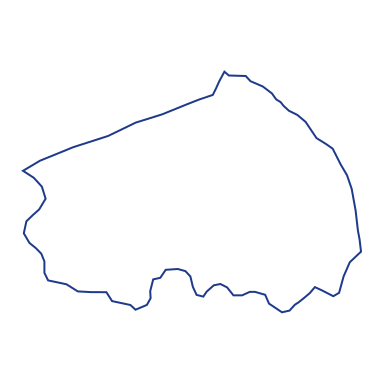 outline of Bjurholm, Västerbotten, Sweden
{"feature_id": "70781695B45286900623809", "entity_name": "Bjurholm", "entity_type": "district", "adm_level": 2, "iso_a3": "SWE", "parent_name": "Sweden", "parent_adm1": "Västerbotten", "projection": "orthographic", "projection_center": [18.977, 63.981], "detail": "fine", "context": "isolated", "style": "outline", "palette": "blue", "viewbox_px": 384, "rotation_deg": 0, "n_neighbors": 0, "source": "geoboundaries", "source_scale": "gbopen_adm2", "svg_char_len": 1187}
<svg xmlns="http://www.w3.org/2000/svg" viewBox="0 0 384 384"><path d="M23.0,170.8L33.8,177.8L41.9,186.7L45.6,198.7L39.2,209.4L32.8,215.1L26.4,221.3L23.8,233.3L29.4,242.9L35.7,248.0L41.3,253.7L44.4,261.4L44.4,272.8L48.1,280.4L57.6,282.4L66.5,284.3L77.8,291.4L90.5,292.1L106.4,292.2L112.1,301.1L130.4,305.0L135.5,309.7L146.9,304.9L150.6,298.2L150.2,291.1L153.2,279.4L160.3,277.8L165.7,269.8L177.8,269.0L185.4,271.1L190.4,276.5L192.9,287.0L196.6,294.9L203.3,296.6L206.7,291.6L213.8,285.3L220.4,284.0L227.1,287.4L233.4,295.3L242.2,295.3L249.7,291.9L255.1,291.9L265.2,294.8L269.0,303.6L282.0,312.3L289.5,310.6L294.9,304.7L298.2,302.6L304.5,297.6L309.9,293.0L314.9,287.1L322.0,290.4L333.3,296.2L339.1,292.8L343.6,276.4L349.8,262.2L358.5,254.0L361.0,251.7L359.6,239.6L357.9,230.5L355.6,210.5L351.7,188.9L347.0,175.2L340.7,164.5L332.7,148.7L326.9,144.6L326.3,144.2L316.5,138.1L305.6,121.9L297.3,114.9L289.0,110.8L283.6,105.9L280.7,102.2L276.1,99.3L272.0,93.5L262.8,86.5L250.5,81.2L245.7,76.0L228.9,75.5L224.4,71.7L219.2,81.4L216.0,88.5L212.8,94.9L199.2,99.5L186.2,104.6L162.3,114.3L135.7,122.6L108.0,136.0L73.2,147.2L40.0,160.7L23.0,170.8Z" fill="none" stroke="#1e3a8a" stroke-width="2"/></svg>